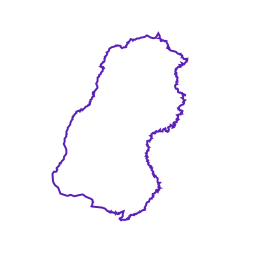 the district of Kibondo, Kigoma, United Republic of Tanzania, rotated 218°
{"feature_id": "72390352B58332556482444", "entity_name": "Kibondo", "entity_type": "district", "adm_level": 2, "iso_a3": "TZA", "parent_name": "United Republic of Tanzania", "parent_adm1": "Kigoma", "projection": "orthographic", "projection_center": [30.818, -4.184], "detail": "fine", "context": "isolated", "style": "outline", "palette": "violet", "viewbox_px": 256, "rotation_deg": 218, "n_neighbors": 0, "source": "geoboundaries", "source_scale": "gbopen_adm2", "svg_char_len": 5807}
<svg xmlns="http://www.w3.org/2000/svg" viewBox="0 0 256 256"><g transform="rotate(218 128 128)"><path d="M159.0,45.0L154.4,40.0L152.9,39.0L150.2,38.0L146.3,38.0L140.9,34.7L134.9,36.8L133.6,37.6L132.1,40.0L128.4,41.1L123.1,47.5L121.6,47.9L119.4,47.8L113.1,49.5L111.5,49.4L110.7,48.3L109.8,48.1L109.8,47.0L108.5,44.7L108.5,43.8L108.1,43.9L99.7,49.2L96.3,50.4L93.3,49.9L92.2,50.4L91.7,50.2L91.4,50.6L90.6,50.4L90.4,51.0L90.3,50.7L89.6,50.8L89.8,51.4L88.9,52.0L87.7,52.1L87.0,52.8L86.1,52.6L85.7,53.3L85.3,53.1L85.5,53.6L84.9,53.3L84.9,54.0L83.1,53.8L82.5,54.4L83.1,55.1L82.9,55.6L82.1,55.7L81.5,57.8L80.5,58.7L80.6,59.4L80.3,59.8L78.9,56.5L77.9,55.4L77.8,53.5L78.8,52.1L78.7,51.3L76.7,51.0L76.1,52.1L74.1,53.5L72.9,54.9L73.0,55.5L72.1,55.8L71.3,56.7L71.7,57.9L72.5,57.8L71.9,59.4L72.6,59.7L72.2,60.7L72.4,61.2L71.4,61.8L70.8,62.8L70.2,62.7L69.4,63.2L69.8,64.2L69.4,64.3L69.1,65.2L68.5,65.3L67.8,67.9L67.0,68.5L67.3,69.5L66.7,69.7L67.0,70.6L66.7,70.3L66.3,70.7L66.0,72.0L64.5,73.6L65.0,73.9L64.7,74.6L64.9,75.2L65.8,75.6L66.4,79.0L67.1,79.7L67.1,81.6L66.1,82.8L67.1,85.5L66.8,86.3L65.8,86.9L66.2,87.7L65.7,89.4L66.0,90.0L66.4,89.6L67.1,90.1L67.9,91.3L66.7,92.8L67.0,93.5L66.4,95.1L66.9,95.6L66.4,95.6L66.3,96.2L65.8,96.1L66.4,96.9L65.4,96.9L65.7,98.0L66.2,97.9L66.0,98.2L65.5,98.1L65.4,98.5L66.2,99.0L66.0,99.6L66.7,99.9L66.3,100.3L67.1,100.1L67.3,101.1L67.9,100.8L68.0,101.9L69.4,102.3L69.3,103.2L69.6,102.8L70.2,103.1L70.1,103.7L70.6,103.3L71.5,103.7L73.6,106.6L75.1,106.6L76.9,107.3L77.3,107.1L77.2,105.8L78.0,106.0L78.6,106.3L78.6,107.0L79.2,107.5L79.7,107.0L80.6,107.3L81.0,109.1L83.5,109.4L83.8,110.3L85.0,110.6L84.8,111.0L85.5,110.8L85.8,112.0L86.5,112.0L86.7,111.5L87.0,112.0L87.8,111.6L89.6,111.7L90.2,112.2L90.3,113.4L92.5,113.6L92.3,114.8L93.2,114.6L93.7,115.2L94.9,115.4L95.4,116.5L94.8,117.3L95.9,117.7L96.6,117.2L96.6,118.3L98.3,119.1L97.7,119.9L98.4,120.8L98.3,121.7L98.7,121.9L98.4,122.5L98.8,122.5L98.8,123.1L98.3,123.3L99.8,125.2L99.5,125.8L100.8,125.8L101.4,126.4L101.7,126.0L102.2,126.6L103.0,126.4L103.3,127.7L104.8,129.5L103.8,130.8L103.1,130.8L103.5,131.3L102.9,132.1L103.3,133.7L102.9,134.6L103.4,134.6L103.9,135.4L105.5,135.6L104.7,136.6L105.7,137.5L105.3,139.6L104.0,139.8L103.4,140.3L103.4,141.1L104.0,141.3L103.6,142.0L104.0,142.5L103.7,143.0L102.5,143.3L101.7,144.0L101.3,144.8L101.9,145.2L101.7,146.2L100.9,145.0L98.7,146.6L99.4,147.9L99.3,148.9L98.4,150.7L97.6,150.3L97.0,149.0L96.4,148.8L95.2,149.7L94.6,149.3L94.2,149.9L93.5,149.7L94.0,150.1L94.8,152.0L96.7,153.0L96.8,153.5L95.7,155.2L96.0,155.9L95.5,155.9L95.5,156.3L95.9,156.7L93.6,157.0L93.1,155.8L92.4,156.9L93.3,157.2L93.6,157.9L92.5,158.8L92.9,159.8L93.6,159.9L94.8,159.2L95.2,159.6L95.1,161.1L93.2,162.5L93.5,163.2L94.9,164.3L95.2,165.0L93.6,165.3L93.4,165.9L94.8,166.4L95.5,167.9L97.3,168.3L95.5,170.9L94.9,171.1L95.5,172.4L94.3,172.8L95.2,173.5L95.5,174.9L96.9,174.7L98.0,173.7L99.3,174.5L100.0,174.2L99.3,173.9L99.6,173.7L100.6,174.2L100.6,177.3L100.1,178.9L98.9,180.7L99.1,182.0L99.4,182.5L100.5,182.3L100.1,185.0L101.7,184.4L102.9,185.2L104.0,185.0L103.4,186.0L104.5,187.3L104.1,188.4L103.2,188.8L103.3,189.2L105.6,188.8L106.0,188.1L107.0,188.8L107.3,188.3L108.7,188.2L109.0,187.6L110.6,187.1L112.6,189.3L113.2,189.4L114.0,188.5L115.6,189.0L116.9,190.2L117.1,191.8L116.3,192.8L117.3,193.1L118.4,194.3L117.8,194.9L118.3,195.0L118.3,195.8L119.1,196.3L119.8,198.1L120.6,198.5L121.4,198.1L122.3,198.7L122.3,199.5L123.3,200.4L124.2,199.7L124.5,200.6L124.1,201.3L125.3,201.5L125.7,202.5L126.3,202.9L125.9,203.9L126.7,204.4L126.0,206.3L126.1,207.0L125.4,207.7L125.6,208.6L124.9,208.8L124.5,208.3L124.2,208.6L125.0,209.4L124.5,210.0L125.3,210.0L123.7,211.1L124.0,211.7L125.4,212.3L123.0,212.9L123.2,215.1L122.6,216.5L123.1,217.9L124.1,217.4L124.5,217.7L123.7,218.2L124.0,219.0L125.8,217.2L126.7,217.0L126.9,217.4L126.9,216.9L129.1,217.6L129.3,217.2L129.9,218.5L131.4,218.3L132.2,218.9L132.8,218.3L132.7,217.9L133.7,217.8L134.3,217.3L137.4,217.5L142.2,215.3L144.1,215.3L144.3,216.3L145.1,216.6L145.0,215.9L146.3,215.2L147.4,218.0L150.5,219.3L151.1,220.2L152.2,219.7L152.6,218.9L154.2,218.8L155.5,216.8L155.8,216.9L155.5,217.5L156.1,218.3L156.7,218.0L157.9,218.3L158.8,217.8L158.4,218.5L159.4,219.9L162.4,221.3L161.8,217.0L162.5,215.1L163.7,214.1L165.8,213.3L170.2,212.6L170.8,210.1L173.7,206.9L174.4,205.4L176.1,204.0L176.7,202.0L178.3,200.8L178.1,199.9L179.4,200.2L180.6,199.7L180.3,196.8L181.0,195.1L180.1,195.1L180.4,193.0L179.9,192.1L180.1,191.4L179.3,190.8L179.5,190.2L181.1,188.9L181.8,187.3L183.6,187.3L184.5,188.1L187.4,186.4L187.5,185.6L188.5,185.3L188.7,184.0L190.6,181.6L191.5,179.0L190.5,176.6L191.3,174.4L190.3,174.0L189.7,172.1L190.1,169.8L189.3,169.5L189.2,167.9L188.5,167.5L187.6,165.9L187.7,164.9L188.4,164.4L188.1,163.5L188.5,161.3L187.3,160.4L187.1,160.0L187.5,159.5L186.2,159.5L185.1,160.8L183.7,160.3L184.1,159.1L183.0,157.0L183.4,155.4L182.7,153.4L183.4,152.0L182.4,150.8L183.0,149.1L180.8,146.1L180.4,143.4L177.4,141.7L176.8,140.5L177.0,135.7L177.3,135.2L176.6,135.0L177.3,134.0L176.6,133.2L175.8,133.8L174.9,132.6L175.1,131.7L174.5,131.7L175.1,130.3L174.4,128.6L174.9,126.9L173.9,126.2L174.1,124.7L173.1,124.2L172.7,123.2L173.2,122.6L172.8,122.2L173.5,121.3L173.3,120.5L174.5,118.6L174.4,116.6L175.0,115.3L174.8,113.9L175.4,113.5L176.4,113.8L176.1,111.4L177.1,111.6L177.1,111.2L177.8,110.8L178.7,109.1L178.6,108.5L178.0,108.2L178.5,105.8L178.1,104.7L178.5,103.9L178.5,102.8L178.0,102.5L178.0,101.6L177.0,100.7L177.2,99.6L176.7,97.0L175.6,95.0L175.6,91.0L174.8,90.0L174.3,87.4L173.6,86.2L172.5,85.5L172.6,84.7L171.5,83.6L171.3,80.4L169.5,78.3L168.8,75.9L163.6,73.3L161.3,70.6L160.7,69.4L160.7,66.1L159.3,63.7L159.8,61.4L159.3,58.7L160.1,58.3L159.1,56.1L159.6,52.5L158.8,51.7L158.2,51.8L157.6,50.1L157.9,49.0L159.4,48.1L159.4,46.2L159.0,45.0Z" fill="none" stroke="#5b21b6" stroke-width="2"/></g></svg>